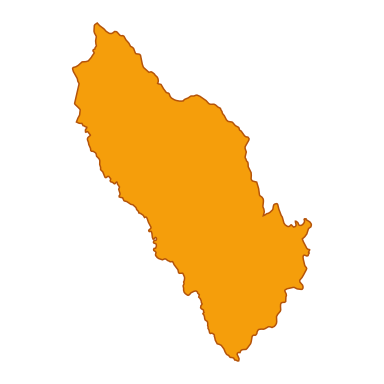 the district of Son Tay, Kon Tum, Vietnam
{"feature_id": "81297802B56181672233009", "entity_name": "Son Tay", "entity_type": "district", "adm_level": 2, "iso_a3": "VNM", "parent_name": "Vietnam", "parent_adm1": "Kon Tum", "projection": "natural_earth1", "projection_center": [108.348, 14.969], "detail": "fine", "context": "isolated", "style": "filled", "palette": "amber", "viewbox_px": 384, "rotation_deg": 0, "n_neighbors": 0, "source": "geoboundaries", "source_scale": "gbopen_adm2", "svg_char_len": 5973}
<svg xmlns="http://www.w3.org/2000/svg" viewBox="0 0 384 384"><path d="M234.7,360.0L235.7,360.1L237.7,361.0L238.7,360.9L239.0,359.6L239.0,358.5L237.1,354.3L237.4,353.2L238.4,352.5L240.0,352.6L240.7,350.9L241.4,350.1L242.9,349.6L246.0,349.4L247.2,348.3L250.6,343.7L251.2,341.8L252.1,336.5L252.8,335.6L253.8,335.1L255.1,335.3L256.0,334.8L256.8,333.6L257.1,332.0L257.8,330.4L258.7,329.5L261.0,329.1L263.7,329.2L265.2,328.6L268.5,326.7L270.1,326.8L272.0,327.5L274.3,326.4L275.5,325.1L276.4,323.5L276.7,321.8L276.5,316.6L277.6,314.5L280.3,311.2L280.7,309.9L280.5,306.4L280.6,304.2L281.1,303.2L281.7,302.7L283.0,302.4L284.7,302.3L285.7,301.5L285.9,296.9L286.4,295.6L286.2,294.0L284.8,291.0L284.8,290.4L285.3,289.8L287.0,288.8L293.1,287.4L294.2,287.4L297.2,288.9L301.2,289.4L302.1,289.3L302.7,288.6L303.0,287.9L303.0,286.7L302.6,285.2L299.9,282.0L299.7,280.6L299.9,280.0L302.0,277.5L303.7,274.6L306.2,269.9L306.7,268.6L306.3,267.5L305.3,266.4L304.7,265.2L303.3,259.4L303.0,256.9L303.4,255.6L303.9,255.2L304.4,255.1L306.9,256.0L307.9,255.7L308.2,255.3L308.5,254.2L309.2,253.0L308.5,252.2L309.7,249.9L309.0,249.4L307.9,249.3L306.8,248.3L303.3,241.6L302.3,238.9L304.7,236.8L306.8,234.0L308.4,228.9L309.0,228.2L310.9,226.8L311.4,224.9L311.1,223.7L309.9,222.0L306.0,219.5L306.0,218.8L304.5,218.8L304.1,219.3L304.5,220.9L304.3,222.4L302.8,224.4L301.3,225.4L299.7,225.4L299.1,225.1L298.6,224.6L298.2,223.2L297.6,222.4L296.2,221.3L295.4,221.2L295.4,222.0L296.1,225.0L295.9,225.8L295.1,226.6L293.7,227.1L292.3,225.9L291.5,224.9L290.9,224.9L289.5,226.3L288.1,226.6L287.3,226.3L285.2,224.9L283.9,223.0L282.3,217.1L281.2,215.4L278.9,209.3L277.8,204.8L277.4,204.0L276.8,203.6L274.9,204.0L273.9,204.7L273.4,206.0L272.9,209.1L272.4,210.0L270.0,212.3L268.2,213.4L266.9,213.6L264.7,215.1L263.3,215.7L264.3,211.8L263.8,208.9L263.0,207.1L262.9,206.1L263.4,201.8L263.4,200.0L263.1,198.8L262.0,197.2L259.9,195.7L259.5,195.0L258.6,188.5L256.7,182.1L252.8,181.1L252.0,180.6L251.4,179.6L251.1,178.8L251.3,175.4L251.1,172.6L248.2,166.7L248.1,163.9L247.8,162.2L246.7,161.2L245.7,158.6L245.2,157.9L245.1,157.0L246.3,152.0L245.1,148.5L245.1,146.8L248.8,140.2L249.1,138.9L248.2,137.4L247.8,137.1L246.0,136.8L244.6,135.9L241.2,131.1L239.6,130.1L238.9,127.8L238.5,127.3L235.3,125.6L232.5,122.3L231.7,122.0L228.6,121.5L227.7,121.1L226.4,119.8L224.3,115.7L222.6,113.6L222.2,112.6L222.0,111.5L221.0,110.0L220.4,108.3L217.9,107.0L215.6,105.0L214.0,104.2L210.7,104.3L209.5,104.0L208.6,103.4L206.1,100.6L199.9,96.3L197.0,95.1L196.0,95.2L193.9,96.0L191.4,96.0L190.6,96.2L188.4,97.8L184.8,99.3L183.8,100.1L183.4,100.8L181.8,101.1L179.5,101.1L176.0,100.4L174.2,99.7L171.4,98.0L170.2,96.5L169.1,93.7L168.4,93.1L167.3,92.9L166.3,92.5L163.6,88.9L161.3,84.9L160.9,84.4L158.6,83.9L157.6,83.4L158.2,81.9L158.3,80.6L158.0,78.8L157.3,77.2L155.0,75.0L154.4,74.0L152.4,72.4L151.1,71.8L148.9,72.3L143.8,67.7L143.2,66.8L142.3,64.2L140.5,55.3L139.7,54.4L138.9,54.1L136.2,53.8L135.7,53.5L135.1,52.5L133.6,48.4L132.4,47.3L130.5,46.3L128.9,43.2L125.9,39.8L124.0,36.3L122.8,35.6L121.4,35.8L119.8,35.2L117.1,32.1L116.2,31.6L114.6,31.5L112.7,33.0L111.5,33.5L109.8,33.5L108.8,33.1L106.1,31.3L104.1,29.0L99.6,25.6L97.2,23.0L94.9,24.6L94.3,25.6L94.0,31.2L94.5,33.1L96.1,36.0L96.3,36.8L95.6,40.9L95.9,43.9L96.4,45.9L95.1,47.7L94.8,49.1L93.4,49.6L93.0,50.4L93.0,51.0L94.1,52.5L94.1,53.2L92.3,55.7L91.4,57.3L88.3,60.9L86.1,61.6L82.1,61.9L78.2,65.4L75.8,66.8L73.2,67.5L72.6,68.3L72.7,69.3L73.4,71.6L77.3,78.6L77.8,81.2L79.1,83.7L74.6,103.4L75.0,104.3L78.6,107.8L80.0,109.4L80.2,109.9L79.6,115.0L77.9,118.2L76.4,122.0L78.7,123.1L80.0,123.4L81.9,123.4L83.1,125.7L84.2,125.9L85.3,126.7L86.8,127.2L86.8,127.8L85.4,129.9L85.5,132.0L85.9,132.3L87.0,131.6L87.7,131.7L90.4,135.0L90.4,135.3L87.9,137.6L87.4,138.9L87.5,139.9L88.4,142.3L88.8,144.6L90.5,148.4L90.7,150.4L91.4,151.2L93.3,151.4L95.5,152.8L96.1,153.8L96.6,156.3L98.5,158.2L99.4,159.4L99.8,160.8L99.7,164.5L100.6,167.3L100.6,169.7L102.8,171.9L104.9,177.1L105.4,177.6L106.1,177.6L107.8,176.4L108.8,176.4L110.7,178.8L110.6,179.6L110.2,180.4L110.2,181.0L110.6,181.7L112.6,182.4L114.3,183.8L115.1,183.6L115.7,182.7L116.4,182.1L116.8,182.0L117.1,182.3L117.5,184.1L119.5,187.0L118.7,189.3L120.0,193.5L119.9,194.8L119.1,195.9L119.2,196.9L120.5,197.4L122.6,197.8L123.9,200.6L124.3,200.9L126.8,201.6L130.8,204.3L132.9,204.8L135.7,207.3L136.4,208.5L136.6,209.5L138.4,211.4L138.9,213.0L139.6,212.9L140.3,213.6L140.9,213.6L143.3,215.4L144.5,217.5L145.1,217.1L146.3,217.2L147.1,218.3L148.4,222.2L151.0,227.2L150.8,228.4L148.9,230.0L148.7,230.6L149.0,231.4L149.3,231.6L150.9,231.3L151.3,231.6L151.9,233.4L152.4,237.5L153.1,239.2L153.7,239.1L155.3,237.4L156.0,237.6L156.5,238.4L156.5,239.5L156.3,239.9L155.8,240.4L154.3,240.4L153.9,240.8L153.4,242.2L153.7,242.9L154.3,243.3L155.7,243.6L156.3,244.7L156.4,246.1L155.6,248.2L154.1,248.4L153.6,249.3L153.8,250.5L155.5,251.6L156.0,252.5L155.5,254.7L155.7,255.8L156.6,256.4L157.0,257.4L158.8,258.6L162.4,259.8L165.0,258.8L166.2,259.3L167.6,260.5L168.7,260.9L170.2,261.8L172.5,261.6L173.2,262.6L174.1,264.7L177.9,269.7L178.6,272.8L179.5,273.3L182.6,273.2L182.9,273.5L184.4,276.8L184.6,278.0L184.3,280.5L183.6,282.0L184.0,283.2L183.9,284.0L183.1,285.9L183.6,288.2L183.6,290.3L184.2,292.3L185.4,293.7L187.4,295.1L188.2,295.3L189.4,294.7L191.0,292.8L194.0,291.3L195.5,291.0L196.3,291.1L197.3,291.9L197.8,293.3L199.3,294.7L198.7,297.1L200.4,298.8L200.5,299.6L201.1,300.4L201.4,302.6L202.1,303.9L202.0,304.3L200.9,305.8L200.6,307.8L201.5,308.9L203.1,309.7L203.5,310.2L203.5,311.2L204.0,312.5L203.0,313.3L202.9,313.8L203.9,315.0L204.5,316.9L204.6,318.2L205.1,319.9L206.9,321.2L207.5,322.0L207.8,324.1L207.6,325.3L208.1,326.9L208.0,328.3L209.0,330.1L209.6,332.8L210.3,333.5L211.6,333.2L212.5,333.4L214.1,334.6L214.3,335.1L214.3,336.3L214.7,337.4L215.3,340.2L217.2,343.8L219.4,344.4L221.3,345.4L223.9,348.9L225.1,351.9L226.4,354.1L227.2,354.8L228.6,355.4L229.7,356.9L230.3,357.4L232.2,357.6L233.7,358.1L234.7,360.0Z" fill="#f59e0b" stroke="#b45309" stroke-width="1.5"/></svg>